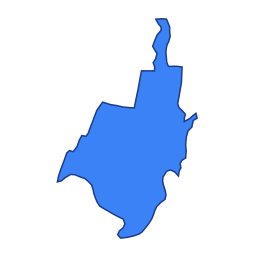 the district of Lajeado, Rio Grande do Sul, Brazil, rotated 92°
{"feature_id": "56859067B30359341782626", "entity_name": "Lajeado", "entity_type": "district", "adm_level": 2, "iso_a3": "BRA", "parent_name": "Brazil", "parent_adm1": "Rio Grande do Sul", "projection": "equal_earth", "projection_center": [-52.019, -29.449], "detail": "fine", "context": "isolated", "style": "filled", "palette": "blue", "viewbox_px": 256, "rotation_deg": 92, "n_neighbors": 0, "source": "geoboundaries", "source_scale": "gbopen_adm2", "svg_char_len": 1619}
<svg xmlns="http://www.w3.org/2000/svg" viewBox="0 0 256 256"><g transform="rotate(92 128 128)"><path d="M115.8,59.3L111.0,60.6L113.3,63.5L116.3,66.5L119.6,72.0L115.8,72.0L112.3,71.1L108.8,74.4L105.9,77.7L102.2,79.2L97.9,78.6L93.4,77.9L88.1,77.2L84.0,76.6L80.6,76.2L65.1,76.1L64.6,81.9L65.0,89.8L60.8,91.6L56.3,92.1L51.0,92.8L47.0,92.5L43.7,91.9L39.9,90.3L34.9,89.0L30.6,89.7L25.6,89.9L21.0,91.9L17.8,93.4L17.7,98.9L18.3,104.0L23.1,101.1L25.8,98.5L29.3,98.3L33.9,102.1L38.8,104.0L42.6,105.3L45.5,106.2L48.3,104.5L52.6,101.6L57.7,102.7L61.9,105.1L66.1,103.4L70.0,103.5L70.4,116.5L78.7,117.8L87.3,119.0L96.6,120.6L104.4,121.9L107.8,122.4L107.2,133.9L106.0,139.9L105.2,146.5L103.0,154.2L111.3,159.7L118.3,162.1L125.4,164.5L130.8,166.4L134.0,167.3L137.7,169.6L137.2,173.9L142.2,176.4L148.0,178.1L153.6,181.9L152.6,185.8L155.1,188.3L163.4,190.9L171.3,193.6L178.0,195.6L184.3,196.7L183.1,192.7L179.6,188.8L176.4,183.7L176.6,179.2L178.2,175.1L180.2,169.0L182.9,165.8L186.1,162.4L190.6,160.8L194.2,160.0L199.4,158.0L203.2,156.2L207.0,153.5L209.2,149.8L211.9,144.6L214.8,139.2L217.1,134.3L219.3,129.5L224.0,127.7L228.2,129.6L231.1,133.0L235.0,134.6L238.3,131.6L237.3,124.8L235.5,118.2L233.4,112.9L231.2,110.2L227.9,107.6L222.6,103.8L218.6,101.4L214.3,99.7L209.0,98.1L205.4,96.5L201.4,92.8L198.0,88.5L193.7,87.7L189.7,88.5L183.1,90.8L180.1,91.5L176.0,91.4L169.9,87.9L168.4,84.0L170.5,79.5L174.2,75.9L169.1,75.3L165.9,73.7L161.9,74.7L158.4,73.0L155.9,69.3L152.3,69.3L149.1,69.0L144.0,69.7L139.3,69.7L134.6,69.3L128.9,67.9L124.8,64.2L121.8,63.7L118.2,63.1L115.8,59.3Z" fill="#3b82f6" stroke="#1e3a8a" stroke-width="1.5"/></g></svg>